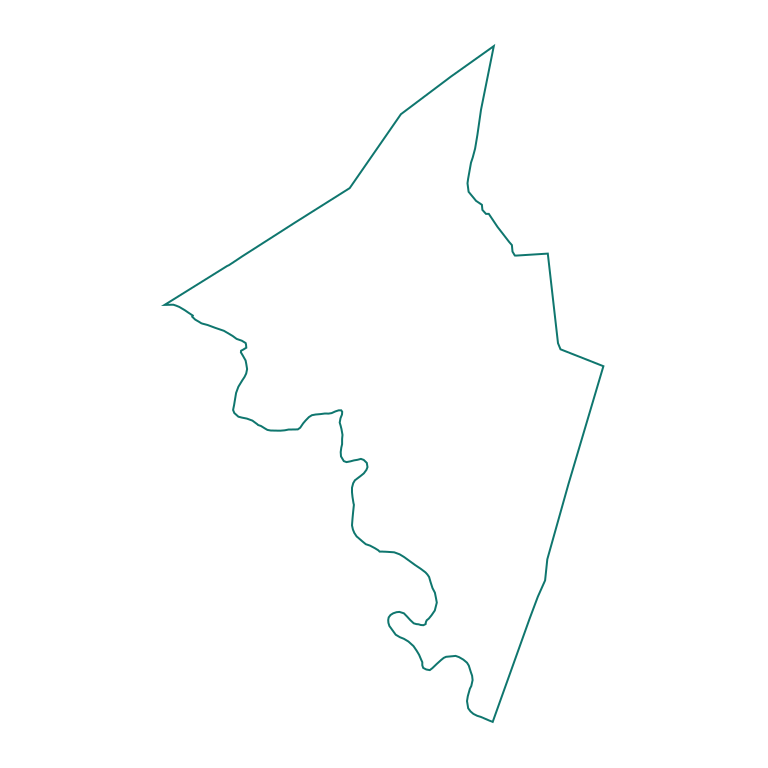 Maghama, Gorgol, Mauritania
{"feature_id": "47542326B54868139713795", "entity_name": "Maghama", "entity_type": "district", "adm_level": 2, "iso_a3": "MRT", "parent_name": "Mauritania", "parent_adm1": "Gorgol", "projection": "robinson", "projection_center": [-12.922, 15.535], "detail": "fine", "context": "isolated", "style": "outline", "palette": "teal", "viewbox_px": 768, "rotation_deg": 0, "n_neighbors": 0, "source": "geoboundaries", "source_scale": "gbopen_adm2", "svg_char_len": 2837}
<svg xmlns="http://www.w3.org/2000/svg" viewBox="0 0 768 768"><path d="M164.6,304.9L173.3,304.7L176.0,305.6L179.2,306.9L184.8,310.2L188.0,312.4L192.8,315.6L192.2,316.7L195.2,319.6L199.0,321.8L201.2,323.2L202.3,323.6L207.6,325.0L215.1,327.8L223.9,330.8L232.7,336.0L236.6,338.9L241.8,340.7L245.6,343.0L246.0,344.4L246.3,347.7L242.9,349.8L241.1,350.7L240.9,352.4L242.6,355.2L245.6,360.5L246.3,364.1L247.1,369.1L246.2,373.5L244.5,377.0L242.3,380.3L238.4,386.7L236.1,392.9L234.6,401.9L234.1,405.0L233.5,407.9L233.1,410.0L234.3,413.0L238.4,416.7L241.9,417.6L246.9,418.6L252.4,420.6L257.4,424.3L258.1,425.0L261.0,426.0L265.0,428.5L267.4,429.9L270.6,430.5L274.9,430.6L280.2,430.7L284.8,430.3L288.8,429.5L292.2,429.5L297.8,429.4L300.2,427.7L303.2,423.3L305.6,420.5L308.9,417.1L311.9,415.2L315.7,414.5L320.4,414.1L325.0,413.5L328.6,413.6L331.6,413.1L335.4,411.4L338.8,410.3L341.2,410.3L342.2,411.8L342.0,414.5L340.5,418.2L339.7,422.6L340.6,425.6L341.5,429.2L342.5,434.9L342.1,439.0L342.1,444.2L341.3,447.6L340.7,452.1L341.0,456.4L343.8,461.1L346.5,462.1L350.6,461.3L353.9,460.4L357.5,459.8L360.9,458.9L363.7,459.9L366.8,462.9L367.5,467.1L366.4,469.9L363.8,473.4L360.7,475.9L354.9,480.3L353.2,483.2L352.0,487.7L352.0,492.3L352.5,497.0L353.5,503.2L353.9,504.8L353.1,512.3L352.5,518.7L352.0,525.4L352.9,529.5L354.3,532.9L356.6,536.4L362.4,541.4L365.8,544.2L370.0,545.6L374.9,548.2L378.3,550.3L379.6,551.6L382.2,551.6L386.8,551.8L394.2,552.3L399.6,554.3L403.9,556.9L407.9,559.8L415.2,565.1L420.6,568.7L425.5,572.4L427.4,574.5L429.1,577.0L430.6,582.2L432.5,588.1L434.9,592.7L436.0,598.2L436.8,602.6L434.8,610.5L431.5,615.3L428.8,618.6L426.7,620.3L425.9,622.1L425.6,624.1L423.4,625.2L420.8,625.0L418.6,624.3L416.4,624.1L413.7,623.3L410.2,620.0L407.2,616.7L403.9,613.3L399.4,611.9L396.5,612.2L393.2,613.3L390.5,615.0L388.7,617.4L388.2,620.0L388.4,622.8L389.4,626.0L395.7,634.7L399.9,637.2L403.9,638.8L408.4,641.5L413.5,646.1L416.7,650.8L419.1,654.8L421.0,659.3L422.3,662.2L422.3,665.3L423.2,667.9L426.3,669.5L429.8,670.1L432.3,668.2L434.6,666.0L436.9,663.8L441.0,660.1L443.7,657.9L446.1,656.8L452.7,656.2L455.6,655.9L459.0,657.1L463.3,659.6L465.6,661.5L467.0,662.7L468.8,665.6L470.9,672.3L472.1,675.7L472.6,680.1L471.3,686.0L469.9,688.7L467.8,696.2L467.0,701.1L468.2,708.3L470.5,711.4L473.4,713.9L477.2,715.8L480.8,716.9L489.4,720.6L492.7,721.9L529.6,618.7L537.8,596.8L545.1,580.4L547.3,559.3L568.5,483.9L572.1,471.8L603.4,366.2L560.5,349.3L558.0,343.2L547.8,253.6L516.0,255.6L514.8,255.5L512.5,251.6L511.9,245.1L509.1,241.9L497.5,226.9L488.8,213.9L486.0,213.9L482.4,209.9L481.9,204.8L476.1,200.9L468.6,191.8L467.5,183.3L468.1,178.9L471.0,162.7L472.7,157.6L475.1,148.6L477.4,134.9L481.0,109.8L493.8,46.1L450.9,76.6L400.9,114.2L349.7,188.1L295.1,222.5L242.3,256.3L228.9,265.2L227.1,266.0L164.6,304.9Z" fill="none" stroke="#0f766e" stroke-width="2"/></svg>